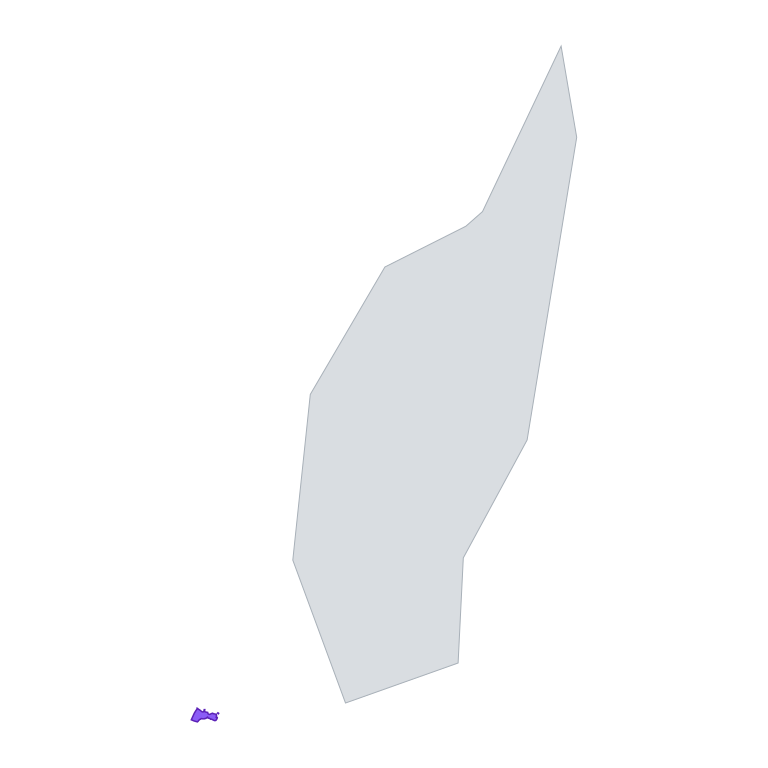 location of Meyuns, Koror, Palau
{"feature_id": "81905179B89717668575285", "entity_name": "Meyuns", "entity_type": "district", "adm_level": 2, "iso_a3": "PLW", "parent_name": "Palau", "parent_adm1": "Koror", "projection": "orthographic", "projection_center": [134.46, 7.354], "detail": "fine", "context": "in_parent", "style": "filled", "palette": "violet", "viewbox_px": 768, "rotation_deg": 0, "n_neighbors": 0, "source": "geoboundaries", "source_scale": "gbopen_adm2", "svg_char_len": 2018}
<svg xmlns="http://www.w3.org/2000/svg" viewBox="0 0 768 768"><path d="M458.1,663.0L345.5,703.0L292.8,560.1L310.3,394.4L384.9,267.0L465.9,226.2L482.5,211.6L561.1,46.1L576.7,137.3L527.1,440.0L463.3,557.9L458.1,663.0Z" fill="#d9dde1" stroke="#a8b0b8" stroke-width="1"/><path d="M198.2,721.2L198.6,720.5L198.8,720.4L199.0,720.2L199.3,719.9L199.5,719.7L199.8,719.4L200.3,719.3L200.8,719.1L201.0,718.7L201.3,718.6L201.7,718.6L203.0,718.9L203.4,718.8L204.3,718.8L204.7,718.8L205.1,718.4L205.5,718.5L206.0,718.4L206.4,718.0L206.6,717.8L207.2,717.7L207.3,717.4L207.4,717.1L207.7,717.2L207.7,717.5L207.7,717.8L207.9,718.0L208.3,718.1L208.8,718.3L209.1,718.2L209.3,718.3L209.7,718.6L210.5,718.9L210.6,719.2L211.0,719.1L211.5,719.2L211.8,719.3L212.0,719.4L212.4,719.6L212.6,719.7L213.3,720.1L213.7,720.2L214.4,720.6L214.8,720.6L215.7,720.5L216.3,719.9L216.8,718.9L216.9,718.7L217.0,718.7L217.1,718.4L217.2,718.1L217.3,717.8L217.3,717.7L216.3,717.5L216.3,717.3L216.2,717.2L216.3,717.1L216.4,716.9L216.4,716.5L216.7,716.1L216.5,715.9L216.3,715.7L216.3,715.4L216.3,715.1L216.4,714.4L216.1,714.3L215.3,714.1L214.5,713.9L213.7,713.8L213.4,713.7L212.9,713.6L212.7,713.2L211.6,713.5L211.3,713.6L210.4,714.1L210.0,714.3L209.8,714.3L209.5,714.4L209.4,714.4L209.2,714.4L208.9,714.3L208.7,714.1L208.1,713.9L207.9,713.5L207.7,712.4L205.1,711.9L204.9,711.7L204.7,711.4L204.6,711.1L204.8,709.6L204.7,709.6L204.2,709.6L204.0,710.6L203.8,711.5L203.5,711.7L203.2,711.9L202.5,711.9L201.4,711.4L201.1,711.1L200.5,710.5L200.2,710.3L200.1,710.2L199.7,710.0L199.5,709.9L199.2,709.6L198.3,709.2L198.1,709.0L197.9,708.6L197.7,708.5L197.4,708.3L197.2,708.2L196.9,708.1L196.4,708.2L196.7,708.2L197.2,708.3L197.3,708.4L197.0,709.0L195.5,711.2L194.3,713.2L194.2,713.4L191.3,719.8L193.9,720.9L197.4,721.9L197.8,721.6L198.2,721.2ZM218.1,713.0L217.9,712.8L217.6,713.1L217.8,713.2L217.9,713.3L218.1,713.4L218.3,713.7L218.4,713.8L218.5,713.7L218.7,713.4L218.6,713.2L218.4,713.1L218.2,713.1L218.1,713.0Z" fill="#8b5cf6" stroke="#5b21b6" stroke-width="1.5"/></svg>